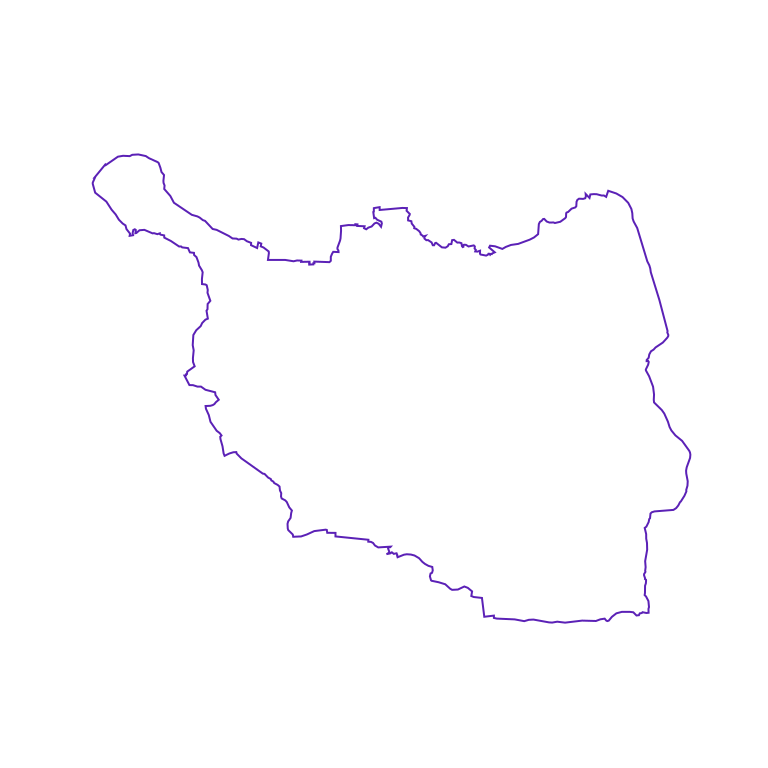 Pietrari, Vâlcea, Romania (Mercator projection), rotated 187°
{"feature_id": "2599482B46623809555558", "entity_name": "Pietrari", "entity_type": "district", "adm_level": 2, "iso_a3": "ROU", "parent_name": "Romania", "parent_adm1": "Vâlcea", "projection": "mercator", "projection_center": [24.113, 45.105], "detail": "fine", "context": "isolated", "style": "outline", "palette": "violet", "viewbox_px": 768, "rotation_deg": 187, "n_neighbors": 0, "source": "geoboundaries", "source_scale": "gbopen_adm2", "svg_char_len": 6133}
<svg xmlns="http://www.w3.org/2000/svg" viewBox="0 0 768 768"><g transform="rotate(187 384 384)"><path d="M687.4,567.9L696.6,553.4L696.1,553.4L697.6,548.5L697.5,547.2L694.0,538.7L681.8,531.2L675.6,523.8L671.0,519.6L667.2,514.8L662.9,511.4L659.9,509.9L658.5,506.4L654.4,502.3L654.5,500.1L651.2,501.1L651.9,503.0L651.6,506.3L650.2,507.2L649.1,506.6L649.1,503.4L648.2,503.7L645.4,506.8L640.6,507.8L632.0,505.3L630.7,505.7L627.2,505.1L624.9,506.2L624.8,505.5L624.0,505.0L620.3,504.7L619.9,502.5L613.0,500.0L604.1,495.5L602.2,495.8L601.0,495.0L595.1,495.0L592.7,491.0L588.6,491.0L588.2,488.9L585.6,487.1L582.9,481.9L582.0,479.0L578.6,474.7L577.6,472.8L577.5,465.9L576.8,461.0L573.3,461.0L572.0,460.4L570.4,455.9L570.3,453.0L566.5,445.4L568.8,441.9L568.3,436.7L569.1,435.1L566.8,427.4L569.1,426.1L571.9,422.4L573.0,419.1L576.9,414.5L579.2,409.4L578.6,399.3L577.0,394.2L576.8,386.3L576.2,382.5L574.1,378.5L580.8,372.3L580.8,369.9L581.7,369.5L581.5,368.5L583.1,368.1L577.0,359.2L573.6,359.6L568.9,358.7L565.3,359.1L560.5,356.5L550.6,355.2L549.9,352.5L546.1,348.2L548.7,345.4L549.9,343.4L551.4,342.2L553.7,341.2L558.4,340.4L557.7,337.7L554.1,331.8L551.6,325.3L544.4,317.2L541.0,315.2L539.0,313.1L540.1,311.7L539.6,309.4L536.7,302.5L534.7,295.5L533.5,293.3L529.0,296.2L525.2,297.9L522.3,298.4L521.8,297.0L516.5,292.8L493.4,280.3L491.6,280.2L487.6,277.0L484.8,275.9L484.1,274.6L481.9,273.6L480.9,272.3L477.3,270.9L475.2,269.5L474.3,265.7L472.7,263.1L472.5,259.8L471.6,257.9L467.9,256.5L466.1,255.0L463.0,250.0L460.0,247.2L460.4,244.6L460.4,239.7L462.4,235.9L462.7,233.4L461.9,228.8L461.2,227.3L456.2,223.5L455.5,221.3L447.7,222.6L442.3,225.2L435.3,229.5L424.2,232.3L423.0,232.2L422.2,229.4L414.0,230.3L413.6,226.8L380.5,227.5L380.4,225.6L377.7,225.7L375.5,224.9L373.3,222.6L369.8,221.1L357.5,223.4L357.9,222.8L359.8,222.3L359.9,221.2L358.2,217.9L359.1,216.6L360.8,215.4L357.0,216.7L355.7,217.9L353.6,216.6L350.9,217.5L349.9,215.7L350.1,215.3L349.4,213.7L343.4,217.0L340.6,217.8L336.5,218.0L332.8,217.5L328.0,215.4L324.2,212.1L321.4,210.4L317.7,208.9L313.8,208.3L312.9,205.0L313.3,202.5L314.7,201.6L315.0,198.7L313.4,194.9L312.8,194.5L305.6,193.9L298.8,192.7L293.3,188.8L291.3,188.0L285.6,189.0L279.6,192.8L276.0,191.9L271.3,188.9L271.5,184.2L268.9,183.5L260.7,183.6L256.1,165.2L246.7,167.5L246.4,165.2L243.4,164.9L225.6,166.3L215.9,165.7L211.5,167.6L206.9,168.4L191.1,167.5L188.0,167.7L183.1,169.2L175.2,169.2L158.5,173.3L144.8,174.6L140.6,176.8L136.4,178.0L134.6,176.3L133.5,175.9L132.1,176.5L129.4,180.7L125.4,184.7L120.2,186.8L112.1,187.8L108.7,187.8L105.2,185.0L102.8,185.6L102.2,187.5L100.2,188.1L99.6,189.0L95.6,188.7L93.5,189.2L94.1,193.0L93.8,194.9L95.1,200.8L98.0,205.0L99.6,206.3L99.5,208.3L100.3,215.6L99.8,218.0L99.9,220.7L100.1,221.6L101.2,222.2L101.2,223.0L102.6,225.9L102.7,227.0L101.6,229.4L102.0,230.3L102.0,234.1L103.2,240.0L102.6,251.6L103.6,258.3L104.9,262.5L105.5,267.0L107.7,272.9L106.2,274.4L104.5,279.2L104.3,282.2L103.6,283.2L103.7,287.9L102.6,289.3L100.0,290.5L81.4,294.3L78.9,296.4L77.1,299.3L75.8,302.8L75.1,303.5L72.2,309.6L70.8,314.2L71.1,315.7L70.4,320.0L70.7,324.5L73.1,332.0L73.6,334.8L73.4,338.2L71.2,347.9L71.3,351.2L71.9,353.2L72.8,354.8L81.2,363.9L88.5,368.5L93.1,372.9L95.3,376.1L97.6,381.2L102.2,388.8L105.1,392.0L113.7,398.6L114.3,401.1L114.7,406.5L116.6,414.1L121.8,424.0L125.7,429.4L125.9,430.3L124.2,435.3L123.9,438.1L124.6,439.0L126.1,438.7L126.2,439.8L124.5,442.3L124.3,445.7L123.0,449.0L120.6,451.0L118.9,453.4L112.3,459.1L108.4,464.6L107.7,466.3L107.8,467.4L109.1,469.7L109.0,471.1L120.9,500.9L132.8,527.4L133.8,531.1L135.1,534.1L137.6,537.8L151.7,569.7L156.0,575.7L157.4,578.6L158.4,583.9L159.8,587.9L163.7,593.6L170.0,598.6L176.6,601.4L185.0,603.1L186.3,596.8L188.7,597.9L191.0,597.6L196.1,598.3L199.1,598.0L202.3,597.3L202.7,593.7L207.0,597.2L206.5,594.9L206.9,592.9L208.9,592.0L213.0,591.7L214.5,590.3L215.1,588.4L214.8,583.9L215.6,582.6L219.2,580.9L222.2,577.2L223.7,576.4L224.0,575.7L223.7,571.9L224.3,570.7L228.8,566.5L234.0,564.6L235.4,565.0L239.4,564.4L242.3,565.1L245.1,567.4L246.2,567.1L247.5,565.1L249.0,563.9L249.8,561.6L249.3,551.5L253.0,547.7L257.0,545.0L267.9,539.4L274.9,537.5L279.8,534.9L283.0,532.5L290.5,534.2L295.6,534.2L296.3,532.3L290.1,528.2L292.5,526.8L292.8,526.1L293.8,526.1L294.4,525.2L295.2,526.1L296.2,526.0L296.7,524.9L298.3,523.9L304.0,524.3L304.6,525.0L304.9,528.0L307.3,526.8L309.6,526.7L309.2,528.3L310.6,529.5L310.6,531.6L311.8,532.5L316.9,530.8L319.6,532.1L321.5,532.0L322.2,531.5L321.9,529.9L322.5,529.5L323.4,530.3L324.3,533.2L326.4,533.6L328.5,533.3L332.1,535.6L333.9,535.1L334.2,531.1L336.7,530.6L337.5,528.5L339.6,526.8L343.2,526.7L349.5,530.5L350.3,530.2L351.2,527.8L352.5,527.7L354.0,530.3L357.8,532.2L359.5,531.9L361.6,533.3L361.8,534.7L360.9,536.1L363.1,535.2L363.8,536.0L365.8,536.9L366.0,538.0L367.6,539.9L370.9,541.9L373.0,542.3L373.0,543.7L376.0,546.6L376.7,548.9L380.0,549.3L380.4,552.2L379.2,554.9L379.1,555.9L382.7,558.7L382.7,561.4L387.1,561.0L409.5,556.2L409.9,559.0L414.0,557.8L415.5,557.3L415.1,553.8L415.6,553.4L414.0,547.4L412.8,547.9L410.8,546.2L406.4,544.8L405.7,543.1L406.1,539.7L408.8,542.4L411.2,543.2L413.0,542.2L415.5,538.8L418.6,537.3L420.5,535.4L422.8,536.2L422.5,538.2L429.8,537.6L429.8,539.2L431.9,539.1L431.8,538.1L438.8,537.4L446.0,535.5L445.3,530.9L444.9,523.2L445.1,521.0L446.8,513.8L446.7,512.4L445.5,510.9L445.2,509.4L450.5,509.0L451.4,507.0L452.3,503.8L451.8,499.8L453.0,498.3L468.1,497.0L467.8,495.4L468.8,495.3L468.7,494.1L472.8,493.4L473.0,494.6L472.5,494.7L472.8,496.3L481.1,495.1L481.0,496.4L485.4,496.0L488.7,494.8L497.4,495.1L514.3,493.0L514.2,499.9L514.6,501.5L520.2,504.8L523.1,505.6L522.9,508.4L526.0,509.2L526.5,503.5L532.9,505.6L533.1,507.9L537.5,509.0L540.5,510.7L543.2,510.6L546.1,509.6L548.0,510.3L552.1,510.0L556.0,512.0L568.9,516.6L573.0,517.0L581.5,524.1L583.8,524.6L587.2,526.7L589.6,527.6L595.4,528.5L614.6,538.3L619.0,544.6L625.9,550.8L626.0,554.3L627.3,556.7L627.7,558.7L627.8,564.6L630.7,567.3L632.3,571.4L634.6,575.9L635.6,576.6L644.8,579.5L648.2,581.2L655.8,581.9L661.8,580.8L664.1,579.2L670.8,578.7L675.8,577.2L686.9,567.3L687.4,567.9Z" fill="none" stroke="#5b21b6" stroke-width="2"/></g></svg>